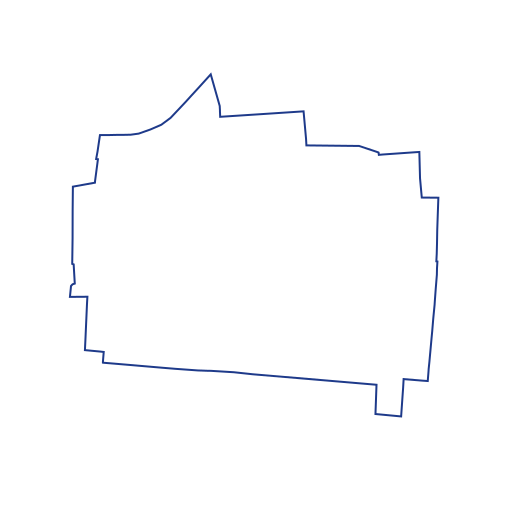 outline of Cezieni, Olt, Romania, rotated 168°
{"feature_id": "2599482B37595312342711", "entity_name": "Cezieni", "entity_type": "district", "adm_level": 2, "iso_a3": "ROU", "parent_name": "Romania", "parent_adm1": "Olt", "projection": "albers", "projection_center": [24.269, 44.184], "detail": "fine", "context": "isolated", "style": "outline", "palette": "blue", "viewbox_px": 512, "rotation_deg": 168, "n_neighbors": 0, "source": "geoboundaries", "source_scale": "gbopen_adm2", "svg_char_len": 1412}
<svg xmlns="http://www.w3.org/2000/svg" viewBox="0 0 512 512"><g transform="rotate(168 256 256)"><path d="M362.3,402.4L362.7,402.5L363.9,402.8L369.5,403.9L372.8,404.5L383.5,406.7L389.3,391.1L392.2,384.1L390.5,383.5L397.8,362.9L398.3,361.2L420.7,361.9L426.0,338.1L431.7,311.6L433.2,305.0L437.4,286.5L436.1,285.7L439.0,266.7L441.1,266.5L441.7,266.2L443.2,265.1L444.0,262.5L446.5,254.7L429.4,251.2L431.4,243.8L440.1,210.2L442.9,199.5L428.2,194.9L424.9,193.8L426.7,187.8L427.8,184.1L427.9,183.5L427.4,183.3L420.7,181.3L397.9,174.4L393.0,172.9L371.6,166.4L358.3,162.4L336.5,156.1L332.8,155.2L328.1,154.0L323.8,153.0L301.8,146.9L283.8,141.0L214.4,120.0L164.9,105.0L172.0,76.6L170.4,76.1L147.4,68.9L141.3,90.2L139.8,95.4L139.3,97.2L137.2,104.9L119.2,99.5L114.0,98.0L111.3,107.1L110.6,109.6L108.4,116.4L108.0,117.7L101.0,140.3L99.3,145.7L95.7,157.7L91.5,171.0L90.2,175.6L87.0,186.6L83.0,200.0L81.5,206.4L79.7,212.9L80.7,213.3L78.8,220.4L76.3,230.8L73.3,243.8L69.4,259.5L65.5,275.1L81.7,278.7L79.4,297.9L74.6,323.8L78.7,324.4L110.7,328.9L114.8,329.4L114.7,330.6L114.6,331.7L114.8,331.9L118.8,334.3L132.3,342.2L183.7,353.7L182.7,360.1L179.4,387.6L220.2,393.5L262.1,399.6L261.1,405.5L261.0,405.8L260.3,410.3L262.5,443.1L279.3,431.0L286.2,426.1L288.4,424.5L293.0,421.2L310.8,408.9L320.6,404.4L321.2,404.1L333.0,401.7L345.3,400.1L353.4,400.7L358.6,401.7L362.3,402.4Z" fill="none" stroke="#1e3a8a" stroke-width="2"/></g></svg>